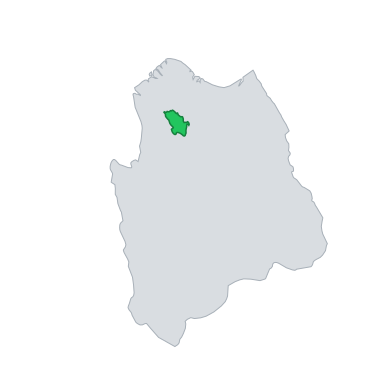 Enugu highlighted on a map of Nigeria, rotated 148°
{"feature_id": "NGA-2862", "entity_name": "Enugu", "entity_type": "State", "adm_level": 1, "iso_a3": "NGA", "parent_name": "Nigeria", "parent_adm1": "", "projection": "equal_earth", "projection_center": [7.353, 6.518], "detail": "fine", "context": "in_parent", "style": "filled", "palette": "green", "viewbox_px": 384, "rotation_deg": 148, "n_neighbors": 0, "source": "natural_earth", "source_scale": "10m", "svg_char_len": 4883}
<svg xmlns="http://www.w3.org/2000/svg" viewBox="0 0 384 384"><g transform="rotate(148 192 192)"><path d="M288.4,70.0L297.4,86.4L299.4,98.6L300.2,104.6L301.6,105.3L304.4,105.6L306.5,106.8L307.7,108.8L308.5,110.7L308.6,111.8L308.1,119.1L307.4,121.8L307.8,125.4L307.7,126.9L307.4,128.0L306.2,129.2L304.5,130.4L300.5,133.9L299.4,134.4L297.7,134.5L296.2,135.3L294.5,137.2L290.8,144.2L287.6,151.3L285.4,162.7L282.6,166.2L282.1,169.4L281.7,176.5L281.2,178.7L280.8,179.3L277.7,180.7L276.0,182.3L275.0,185.5L273.7,196.5L273.2,198.3L272.2,200.2L270.7,202.3L269.3,203.4L265.8,204.2L262.5,212.5L262.5,213.9L261.0,221.4L258.5,227.1L258.3,230.7L255.1,235.7L253.5,239.1L255.2,242.7L255.3,243.2L249.8,249.3L249.5,250.2L249.3,254.3L248.9,255.4L247.9,257.0L246.4,258.6L244.9,259.9L243.1,260.8L241.5,261.2L240.6,260.7L240.0,259.4L239.1,254.3L238.6,253.2L237.6,252.2L233.3,246.6L230.7,244.7L230.2,244.8L229.7,245.3L229.0,248.2L228.3,249.2L226.9,249.6L224.6,249.6L222.9,249.2L222.5,248.6L221.6,246.4L216.4,251.5L214.5,252.7L212.2,258.7L208.8,261.7L206.6,264.3L200.4,272.5L199.2,274.9L198.0,278.6L195.3,294.0L191.1,303.7L190.5,305.7L190.3,305.6L189.7,306.5L188.1,306.0L187.3,304.2L186.3,303.9L184.6,301.2L184.2,301.7L186.1,308.3L185.4,310.9L180.2,311.0L175.7,311.9L172.6,311.8L171.1,310.9L170.4,308.4L170.1,308.6L170.0,310.0L169.0,311.0L165.5,311.2L164.0,309.5L162.8,307.6L161.4,306.7L161.7,307.6L163.2,309.4L163.0,312.1L160.2,315.2L158.4,315.4L157.3,314.0L156.8,311.9L156.5,308.6L155.8,306.5L155.4,306.5L155.9,310.0L155.9,313.3L157.2,315.8L155.2,316.6L152.7,316.7L152.4,315.8L152.1,313.7L151.7,313.1L151.2,316.7L146.2,317.7L145.5,317.5L145.3,316.9L145.7,315.9L145.6,314.3L144.5,315.5L144.3,318.0L143.7,318.4L141.8,318.0L139.7,316.7L136.3,313.6L132.2,308.6L131.5,306.3L130.3,303.5L128.2,295.8L128.6,295.5L129.5,295.9L130.0,295.2L128.3,294.6L127.9,294.1L127.8,292.4L127.9,290.3L130.5,289.2L131.1,287.9L131.5,286.7L128.2,288.6L125.2,286.4L124.6,285.1L124.9,284.1L128.4,284.0L129.6,283.0L128.9,282.7L127.5,282.7L127.0,282.1L127.1,280.5L126.7,280.9L126.1,282.2L124.0,283.3L122.9,282.2L122.7,280.0L122.5,278.9L121.5,278.1L117.9,272.1L113.5,267.0L109.5,263.5L103.5,261.9L91.0,261.9L90.3,261.5L91.0,260.7L92.1,260.1L96.2,257.3L95.5,257.0L91.3,258.7L89.9,258.9L88.0,262.3L75.7,263.0L75.7,261.5L76.2,257.0L77.0,253.9L76.2,250.2L76.0,246.8L76.5,245.8L76.7,244.5L76.6,235.9L77.3,234.6L77.3,233.7L76.0,230.0L76.1,227.2L75.8,224.5L75.4,223.2L75.9,212.7L75.8,210.1L76.2,208.3L76.4,203.7L76.4,199.3L77.3,192.3L82.6,191.3L83.9,188.6L84.6,185.1L84.4,181.6L86.1,178.6L88.2,176.0L88.1,173.0L88.7,172.1L89.7,171.4L91.1,171.1L92.7,169.6L93.6,167.1L94.4,163.0L93.1,160.1L93.1,159.5L93.6,158.0L94.5,156.4L95.1,155.9L96.7,156.3L97.2,155.7L98.2,151.2L98.1,150.0L96.7,147.0L95.9,138.8L95.5,137.7L94.4,136.3L91.5,130.5L91.6,127.8L92.8,124.3L93.6,122.6L94.8,121.7L95.0,120.9L94.6,119.9L94.1,119.2L94.0,117.6L94.5,115.4L94.4,113.0L94.7,100.8L97.1,98.3L100.6,94.3L102.4,90.2L103.4,87.0L104.6,76.5L106.4,75.3L109.9,71.5L114.7,69.3L117.8,68.6L123.1,69.0L125.9,68.7L128.2,66.6L129.3,66.0L130.7,65.6L144.2,71.1L145.4,70.9L146.4,71.2L148.1,72.7L152.1,77.7L156.2,85.6L157.5,87.3L158.8,88.2L160.1,88.6L161.1,88.4L162.1,87.7L163.4,86.2L165.4,85.5L167.0,85.6L175.4,79.6L176.2,79.5L181.3,80.8L188.3,86.9L194.1,90.9L198.1,92.2L202.9,93.1L210.9,93.4L217.0,84.9L219.2,83.1L221.9,81.4L227.6,79.8L237.0,78.7L245.8,79.2L251.3,80.7L257.0,83.4L259.6,86.1L263.5,86.5L266.3,86.0L267.2,83.4L269.9,79.9L274.1,76.7L277.6,74.5L280.4,73.5L282.9,70.9L284.9,70.1L288.4,70.0ZM165.9,314.6L164.0,315.4L162.7,315.3L164.4,311.7L165.3,312.5L166.4,312.8L165.9,314.6Z" fill="#d9dde1" stroke="#a8b0b8" stroke-width="1"/><path d="M169.6,244.4L169.8,245.4L170.6,247.5L171.1,248.4L171.8,249.3L172.5,250.0L173.3,250.5L174.1,250.3L174.6,249.7L175.4,249.5L176.2,250.0L176.7,251.1L176.9,252.3L176.9,253.6L176.2,256.1L174.9,256.3L174.2,256.2L173.6,256.7L174.4,260.1L174.4,262.0L173.5,265.5L173.9,266.2L173.9,266.6L174.1,267.7L174.2,268.5L174.3,269.3L174.3,270.1L174.0,270.9L173.5,271.6L173.3,272.9L173.6,274.3L173.0,274.7L172.3,273.8L171.9,273.4L171.4,273.1L170.4,273.5L169.1,272.2L168.2,272.2L167.3,272.4L167.2,272.3L167.1,272.2L166.9,272.2L166.8,271.9L166.4,271.6L166.2,271.6L165.7,271.8L165.2,271.7L164.7,271.0L164.5,270.2L164.2,269.5L164.0,268.7L164.1,267.8L163.6,267.3L163.5,266.7L163.2,266.4L162.9,266.7L162.6,266.8L162.4,266.5L162.5,266.1L162.6,265.7L162.6,265.2L162.8,264.9L162.8,264.6L162.7,264.3L162.0,262.4L161.6,261.7L161.3,261.5L160.7,261.3L160.4,261.1L160.2,260.5L160.7,258.5L161.8,256.9L161.9,255.1L161.3,254.8L160.7,254.6L159.6,253.9L158.5,254.0L158.3,253.8L158.3,253.0L158.1,252.2L158.6,250.8L159.3,250.3L159.3,250.5L159.4,251.1L159.6,251.3L159.9,251.9L160.4,252.2L161.2,251.3L162.0,250.1L163.6,248.5L164.6,247.3L165.7,245.4L166.1,244.9L166.7,244.6L167.3,244.0L168.0,243.5L169.0,243.6L169.6,244.4Z" fill="#22c55e" stroke="#15803d" stroke-width="1.5"/></g></svg>